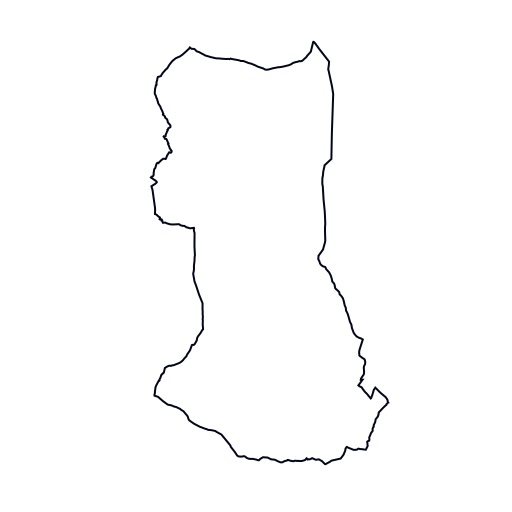 outline of Ocna Sibiului, Sibiu, Romania, rotated 264°
{"feature_id": "2599482B46010461750769", "entity_name": "Ocna Sibiului", "entity_type": "district", "adm_level": 2, "iso_a3": "ROU", "parent_name": "Romania", "parent_adm1": "Sibiu", "projection": "natural_earth1", "projection_center": [24.038, 45.885], "detail": "fine", "context": "isolated", "style": "outline", "palette": "ink", "viewbox_px": 512, "rotation_deg": 264, "n_neighbors": 0, "source": "geoboundaries", "source_scale": "gbopen_adm2", "svg_char_len": 6042}
<svg xmlns="http://www.w3.org/2000/svg" viewBox="0 0 512 512"><g transform="rotate(264 256 256)"><path d="M433.4,347.5L434.0,347.3L438.8,348.5L441.7,349.0L455.3,340.5L460.6,337.5L462.3,336.4L463.0,335.7L463.0,335.4L462.5,335.1L453.5,331.9L451.0,329.2L449.9,327.9L448.7,327.0L445.3,322.4L445.0,320.6L445.3,319.4L444.8,317.4L444.7,315.8L444.1,312.9L443.0,310.9L442.3,308.5L441.5,302.5L441.3,299.5L441.4,297.8L440.9,292.2L440.3,288.8L440.1,286.7L440.3,285.1L440.6,284.4L441.1,283.7L442.0,282.4L444.1,277.6L445.5,275.5L447.7,271.5L448.9,268.3L449.8,266.8L451.3,263.6L451.5,261.4L452.5,259.3L454.3,253.1L454.6,252.1L455.0,251.4L454.5,250.5L454.9,249.1L455.0,247.1L455.9,241.9L456.3,240.3L456.6,237.7L457.2,235.5L457.7,234.4L458.3,232.4L460.8,226.3L461.9,225.0L462.3,224.2L464.6,220.9L465.8,218.4L468.1,216.6L468.5,215.7L468.7,214.1L468.9,213.4L470.3,212.0L469.0,210.9L468.2,209.7L467.0,208.2L463.8,203.7L462.5,201.3L462.1,200.3L461.9,199.3L460.9,196.6L458.5,193.0L455.3,189.9L451.9,187.3L450.9,185.8L448.0,182.6L446.4,181.2L445.1,180.4L444.8,180.0L444.3,177.1L442.9,176.5L441.3,176.1L438.9,175.1L436.6,175.0L436.4,174.9L436.2,174.2L435.4,174.1L432.5,173.0L428.4,172.3L427.2,172.5L426.3,173.0L423.3,173.6L422.7,174.0L420.7,174.2L419.9,174.6L419.1,174.5L417.6,174.9L414.5,176.5L413.0,176.8L409.2,178.2L408.7,178.2L407.2,178.7L406.6,178.2L406.2,178.2L405.6,179.0L404.4,179.9L403.9,180.1L403.2,180.1L402.6,180.5L401.7,181.5L400.3,182.1L399.0,182.2L397.8,182.5L395.1,184.4L393.7,184.5L393.1,184.3L392.1,182.1L391.2,181.7L390.8,181.1L390.0,181.3L389.2,180.6L386.7,179.3L386.2,178.9L385.5,178.7L384.9,178.8L384.7,178.6L384.5,177.2L385.0,176.1L383.9,177.0L382.1,177.7L381.9,178.8L381.5,179.2L376.9,180.7L376.6,180.2L375.0,180.8L372.2,181.5L370.5,182.2L370.3,182.6L369.2,183.1L368.4,182.9L367.7,182.4L367.6,182.0L367.9,181.6L368.2,180.5L365.2,178.1L362.2,176.6L361.9,176.2L362.4,174.7L362.3,173.6L360.9,171.4L358.6,168.7L359.0,168.3L359.0,167.8L358.7,167.3L358.0,166.7L354.0,165.0L353.0,163.9L349.0,162.8L347.8,162.8L346.7,162.4L346.0,161.6L345.8,160.4L345.0,159.7L341.3,164.1L340.7,164.7L339.9,165.1L339.3,164.7L338.3,163.3L336.3,159.3L332.3,160.0L314.6,160.6L312.5,160.5L308.3,159.9L307.5,161.4L305.5,163.1L304.3,164.5L302.6,164.0L302.4,164.3L302.6,165.2L302.3,165.4L301.5,165.6L301.8,166.2L301.1,166.5L300.2,166.4L298.7,167.0L298.8,168.3L298.7,169.2L297.6,171.2L296.4,174.2L296.0,177.1L295.7,182.7L294.4,184.3L293.6,186.4L293.5,187.6L293.0,188.5L291.8,189.8L291.4,191.1L290.8,192.3L290.4,193.7L290.5,197.2L289.9,197.3L289.5,196.9L288.3,197.0L287.5,196.9L285.3,197.3L272.0,195.8L262.9,195.3L261.7,194.9L258.0,194.4L252.4,193.2L249.7,193.0L247.1,192.4L245.5,191.8L244.2,191.7L237.0,192.2L233.4,193.2L223.7,195.3L214.6,197.9L207.9,197.2L206.2,197.2L204.4,196.9L200.6,196.8L199.3,196.4L197.6,196.4L193.3,195.8L189.6,195.8L188.5,195.6L188.2,195.0L185.2,192.8L181.9,189.7L180.3,188.8L178.1,188.2L174.8,185.8L174.1,184.9L174.3,183.3L174.2,183.0L169.1,180.5L165.2,177.2L163.6,176.3L161.3,173.7L160.0,172.5L158.5,170.4L157.6,168.5L156.0,162.7L155.9,160.6L155.6,160.1L155.9,158.8L155.9,157.8L155.1,155.5L154.3,154.1L154.2,153.7L149.8,152.2L149.5,151.7L149.0,151.5L148.8,150.7L148.2,150.1L147.9,150.0L147.4,149.2L146.4,148.9L144.2,147.8L143.3,147.0L142.4,147.1L142.0,146.8L141.9,146.1L137.5,143.1L136.1,142.4L131.3,141.2L130.8,141.3L128.1,140.3L128.2,139.8L127.5,140.8L126.3,143.7L125.9,144.1L121.3,148.4L117.6,152.5L117.3,153.0L116.2,156.5L115.0,158.5L114.1,160.9L111.9,164.5L110.8,165.5L109.2,167.6L104.2,171.0L102.9,171.5L101.4,171.7L100.1,172.1L99.3,172.7L95.7,176.8L92.1,182.2L89.3,187.8L89.2,188.4L88.2,190.1L88.0,190.7L87.5,193.3L86.2,197.3L85.1,198.5L82.1,202.9L70.3,210.7L68.8,211.0L63.4,214.4L59.7,216.3L58.7,217.3L58.3,218.6L58.1,219.7L58.0,221.9L58.2,222.9L58.1,223.4L57.7,224.2L56.1,225.8L55.0,227.9L55.0,228.6L54.7,229.7L54.6,231.6L54.3,232.6L53.9,233.5L53.7,234.6L52.6,236.9L52.6,237.6L53.8,239.1L55.1,241.8L55.1,242.3L54.7,244.2L54.5,246.0L54.0,247.0L52.2,249.8L51.5,253.2L51.2,253.9L49.8,255.9L48.3,258.7L48.1,259.9L48.1,260.7L49.0,262.9L49.4,265.5L49.9,266.2L49.9,266.6L48.8,268.6L48.6,269.8L48.3,270.2L48.0,272.0L48.3,272.9L48.3,273.6L47.8,275.9L47.9,276.5L47.5,277.9L47.4,279.3L47.4,280.5L47.9,283.3L49.5,285.2L48.2,286.0L48.4,286.9L48.2,287.9L48.2,288.3L48.5,289.4L49.1,290.7L47.2,293.9L47.1,295.1L47.2,297.2L45.1,300.2L43.1,301.8L41.9,302.8L41.7,303.4L43.8,308.4L44.4,309.2L44.6,309.8L45.7,319.0L49.1,322.2L53.1,324.4L55.1,324.9L56.6,326.2L56.6,326.5L55.8,327.6L53.1,332.6L52.8,334.7L53.0,336.5L53.7,337.6L53.7,337.9L53.1,339.2L52.9,340.9L52.3,343.1L51.9,345.0L55.4,347.2L59.7,347.2L60.2,348.0L60.4,349.1L60.6,349.3L61.8,349.6L63.3,349.6L64.0,349.8L68.0,352.0L69.4,353.3L70.1,353.8L72.1,353.9L73.5,354.7L73.8,355.2L75.5,355.4L78.4,357.2L81.1,357.9L83.5,360.3L84.9,361.0L86.2,361.5L87.0,361.5L87.8,362.0L91.6,366.4L93.8,369.2L94.2,370.0L95.1,370.4L96.3,371.9L96.4,372.2L97.0,371.9L99.1,371.7L100.3,371.2L102.2,370.1L106.7,365.7L112.6,360.9L110.6,359.2L105.5,357.1L102.5,355.5L102.3,355.2L107.5,351.8L109.1,350.4L112.3,348.4L114.4,347.3L115.8,345.0L116.6,344.3L121.8,349.0L121.9,347.3L123.4,347.8L127.1,350.9L127.5,351.0L129.5,351.4L133.8,351.5L135.6,352.2L137.1,353.2L139.3,353.6L141.9,353.2L143.9,350.7L144.4,350.3L145.7,348.8L146.5,348.4L149.6,348.5L151.8,349.1L161.8,353.5L163.0,351.9L163.9,349.9L165.2,348.0L166.3,347.0L169.2,345.2L174.2,343.9L177.7,343.7L180.6,342.6L187.7,341.4L190.3,340.7L192.3,339.8L193.2,339.9L195.5,339.8L197.3,339.1L202.5,338.5L205.1,337.9L207.9,336.3L209.0,335.2L210.5,335.1L211.7,334.8L213.6,333.2L215.2,331.7L215.8,331.4L219.4,331.1L220.6,330.7L222.6,329.2L225.2,329.0L228.5,328.4L232.1,327.0L235.3,324.6L237.8,323.7L238.9,321.2L240.7,319.5L242.0,318.9L244.4,318.4L246.4,317.6L249.7,318.2L255.4,323.3L262.5,326.1L264.0,326.5L273.2,327.2L277.8,327.7L280.2,328.2L285.6,328.6L292.8,329.0L305.2,329.1L318.2,329.7L320.6,329.5L323.9,329.8L327.2,330.3L328.4,330.8L333.2,331.8L338.5,333.6L339.0,333.6L344.6,341.1L369.5,344.2L409.0,349.7L416.9,349.3L433.4,347.5Z" fill="none" stroke="#020617" stroke-width="2"/></g></svg>